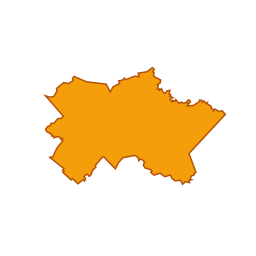 the district of Light, South Australia, Australia, rotated 223°
{"feature_id": "25037944B8971178176615", "entity_name": "Light", "entity_type": "district", "adm_level": 2, "iso_a3": "AUS", "parent_name": "Australia", "parent_adm1": "South Australia", "projection": "robinson", "projection_center": [138.756, -34.41], "detail": "medium", "context": "isolated", "style": "filled", "palette": "amber", "viewbox_px": 256, "rotation_deg": 223, "n_neighbors": 0, "source": "geoboundaries", "source_scale": "gbopen_adm2", "svg_char_len": 1881}
<svg xmlns="http://www.w3.org/2000/svg" viewBox="0 0 256 256"><g transform="rotate(223 128 128)"><path d="M66.1,204.3L70.8,204.9L72.7,202.1L77.1,201.3L77.3,198.9L78.0,199.9L80.4,199.0L81.9,200.6L86.9,199.6L87.3,200.6L87.7,199.3L90.9,199.6L91.1,197.7L92.9,198.6L94.8,197.1L93.7,196.2L95.7,188.8L99.8,184.5L100.3,189.9L102.5,190.2L103.3,188.6L101.3,186.8L103.1,186.3L104.3,183.6L106.5,183.6L107.6,180.7L112.5,181.4L111.9,179.2L114.2,178.8L113.6,177.4L116.5,177.4L117.0,179.1L115.9,180.8L119.2,179.7L119.2,181.4L121.1,180.8L123.1,184.1L124.8,181.8L124.6,178.5L126.9,178.0L130.3,179.6L130.3,178.3L131.6,178.0L130.9,177.1L132.9,176.5L134.9,179.9L136.2,179.6L135.2,182.9L136.8,185.4L144.3,183.3L146.9,186.3L148.3,185.7L148.7,188.9L151.3,188.7L152.5,182.1L158.0,175.0L154.9,173.1L158.4,170.6L162.6,161.8L164.7,162.1L164.7,159.1L167.0,156.3L164.5,154.9L167.0,147.9L165.5,142.2L173.9,145.2L190.0,133.4L202.7,128.9L202.3,126.3L200.5,125.2L201.8,119.8L205.9,117.5L207.2,108.1L205.3,106.9L203.7,100.7L206.2,97.1L210.3,95.3L183.2,92.5L183.7,89.1L185.7,87.0L185.4,80.9L187.5,78.8L186.4,76.5L187.7,75.0L187.5,71.1L185.6,69.9L179.4,71.1L178.5,70.1L176.2,71.5L175.6,70.3L172.7,74.8L170.8,74.2L168.7,75.7L169.0,74.0L167.0,74.3L166.3,64.8L163.4,56.0L165.1,53.2L147.0,54.6L147.0,52.3L145.2,52.6L145.2,51.1L134.1,51.3L134.1,53.1L126.5,53.1L125.7,59.7L123.5,59.5L124.6,62.2L127.2,62.7L126.6,66.4L123.4,66.2L123.2,68.7L125.0,72.9L124.8,77.6L126.4,78.4L126.8,88.9L126.1,90.3L109.4,89.5L111.4,96.4L111.4,102.9L104.1,112.8L100.3,113.2L97.8,111.5L97.7,113.8L95.0,114.7L92.5,114.1L91.6,111.3L88.2,110.4L82.7,113.1L81.2,112.7L81.2,111.0L76.8,111.3L73.6,116.9L67.9,117.4L64.9,122.5L61.1,121.0L57.6,121.5L53.7,125.7L49.7,124.0L49.5,127.9L45.7,130.0L47.6,131.3L46.3,133.4L47.5,132.8L49.0,136.2L47.6,138.6L48.6,139.4L48.0,141.9L66.0,150.9L66.1,204.3Z" fill="#f59e0b" stroke="#b45309" stroke-width="1.5"/></g></svg>